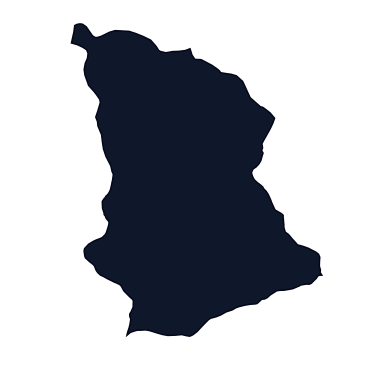 outline of Mongar, Mongar, Bhutan, rotated 98°
{"feature_id": "84629894B50826464910493", "entity_name": "Mongar", "entity_type": "district", "adm_level": 2, "iso_a3": "BTN", "parent_name": "Bhutan", "parent_adm1": "Mongar", "projection": "natural_earth1", "projection_center": [91.256, 27.269], "detail": "fine", "context": "isolated", "style": "filled", "palette": "ink", "viewbox_px": 384, "rotation_deg": 98, "n_neighbors": 0, "source": "geoboundaries", "source_scale": "gbopen_adm2", "svg_char_len": 3333}
<svg xmlns="http://www.w3.org/2000/svg" viewBox="0 0 384 384"><g transform="rotate(98 192 192)"><path d="M335.1,174.1L333.3,171.3L329.4,167.5L325.2,164.6L321.4,161.9L316.2,158.0L314.3,155.9L314.0,155.0L312.2,150.8L309.7,146.4L306.0,141.6L303.1,135.7L300.6,132.6L299.0,129.6L298.6,128.6L296.8,124.2L295.1,118.8L293.9,113.3L293.3,112.0L290.1,109.3L288.5,108.1L287.9,105.4L286.3,103.0L284.9,101.8L282.9,100.1L279.5,96.1L278.1,94.5L277.2,91.7L276.4,87.1L275.2,83.2L273.7,78.7L272.1,76.1L269.8,72.3L269.0,71.5L267.4,66.4L266.9,62.8L265.8,61.2L260.4,57.1L257.4,55.6L256.6,53.9L256.3,51.9L253.8,53.9L251.3,54.0L247.7,55.6L243.1,56.1L238.8,56.4L236.0,58.1L234.3,61.1L231.5,69.1L230.3,75.0L229.7,80.1L226.2,84.2L224.5,86.3L221.4,89.7L220.6,90.7L219.7,92.3L218.7,94.1L217.0,94.9L214.3,96.1L211.6,96.5L209.5,97.0L208.4,97.3L207.3,97.5L206.2,97.7L204.5,98.2L202.4,98.5L201.8,99.2L200.8,100.8L200.0,103.0L199.3,104.6L198.7,106.3L198.2,107.2L197.2,108.0L191.4,111.7L190.1,112.4L189.2,112.8L184.5,115.8L182.9,117.0L181.3,118.4L180.5,119.3L178.6,121.8L177.2,122.6L175.5,125.2L173.6,128.7L171.2,132.1L168.1,134.3L165.9,135.3L164.6,135.9L160.8,134.8L158.1,131.9L154.7,129.6L151.3,128.2L147.4,127.7L143.5,127.1L141.4,128.8L138.4,128.3L134.5,129.5L131.5,128.5L127.0,126.7L120.3,124.1L117.3,123.0L115.7,122.5L112.3,121.5L107.4,120.5L102.8,125.7L100.1,130.4L98.4,133.5L98.0,136.2L94.6,141.4L90.5,147.6L86.9,149.9L82.7,152.6L80.0,154.3L75.4,157.3L72.4,161.8L70.8,164.2L70.0,169.5L70.0,174.9L69.9,180.2L68.2,181.8L66.9,183.8L64.2,189.1L63.8,189.9L61.1,197.4L60.2,200.0L59.7,201.3L59.8,202.7L60.3,207.6L56.4,211.1L50.4,213.9L51.5,215.8L53.0,218.7L54.6,224.8L55.7,231.0L56.6,233.5L57.8,237.5L57.5,239.9L57.4,242.4L56.5,244.7L52.8,247.8L47.4,254.1L44.9,261.7L42.9,269.8L41.7,276.6L42.9,290.6L45.3,295.9L50.4,303.4L52.3,307.5L52.5,309.3L51.2,312.3L43.1,319.8L41.1,323.8L41.1,326.4L42.1,329.3L43.5,331.3L50.0,331.2L61.2,332.1L62.0,326.1L63.8,320.3L65.8,316.1L69.2,314.2L74.1,314.1L79.5,315.6L85.8,315.8L91.2,314.2L100.8,309.2L106.4,302.6L109.5,299.5L113.1,296.2L116.2,295.2L117.5,295.4L124.9,296.5L131.2,297.7L135.3,295.4L139.7,294.3L147.8,289.5L154.4,287.8L161.7,285.6L164.5,284.2L168.6,282.2L177.4,276.0L179.8,275.1L182.2,274.2L183.2,273.8L185.2,272.4L187.6,272.3L189.5,272.3L191.5,272.3L193.3,272.5L195.9,272.6L199.3,272.9L200.8,273.0L202.7,273.5L205.3,274.5L207.1,275.7L208.0,276.6L209.5,277.1L210.9,278.1L213.8,279.5L215.2,279.3L217.4,278.9L218.3,278.7L220.6,278.3L222.3,277.5L223.8,276.7L225.7,275.9L226.6,275.8L227.8,274.5L229.7,273.5L231.0,272.3L232.5,270.5L233.2,270.1L235.0,269.8L237.4,270.0L244.1,271.1L246.3,272.0L249.5,274.4L250.8,276.3L252.4,279.3L253.9,281.8L255.8,284.3L258.1,287.1L262.6,290.2L263.6,290.6L265.6,290.6L270.1,289.3L272.0,288.4L273.5,286.2L275.1,283.9L277.6,279.6L278.9,278.2L283.0,275.9L285.1,273.9L287.0,271.1L288.0,267.7L289.5,264.0L290.9,259.7L292.0,256.5L292.7,253.7L293.7,250.6L295.0,248.9L299.4,245.7L302.0,242.3L304.3,239.3L306.7,235.7L308.1,234.9L312.1,234.5L314.0,234.2L318.8,235.5L321.3,236.6L323.6,236.4L326.5,234.9L331.8,235.0L334.8,235.3L338.8,236.0L339.9,236.2L342.9,236.5L339.6,233.5L337.9,230.2L336.4,226.8L336.2,224.9L335.0,218.8L335.1,215.1L335.6,211.8L336.5,206.3L337.2,201.3L337.3,198.8L337.4,196.0L336.1,188.6L334.6,182.3L335.1,176.7L335.1,174.1Z" fill="#0f172a" stroke="#020617" stroke-width="1.5"/></g></svg>